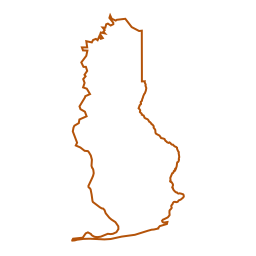 Baldwin, Alabama, United States of America
{"feature_id": "52423323B60515004813393", "entity_name": "Baldwin", "entity_type": "district", "adm_level": 2, "iso_a3": "USA", "parent_name": "United States of America", "parent_adm1": "Alabama", "projection": "natural_earth1", "projection_center": [-87.627, 30.77], "detail": "fine", "context": "isolated", "style": "outline", "palette": "amber", "viewbox_px": 256, "rotation_deg": 0, "n_neighbors": 0, "source": "geoboundaries", "source_scale": "gbopen_adm2", "svg_char_len": 3919}
<svg xmlns="http://www.w3.org/2000/svg" viewBox="0 0 256 256"><path d="M144.7,81.3L141.9,81.4L141.9,72.4L141.8,30.7L139.1,31.0L131.7,27.1L125.3,18.8L116.8,19.8L115.7,20.6L111.7,18.7L110.2,15.4L109.4,17.9L113.3,22.8L113.3,24.2L110.7,25.5L107.9,23.6L106.2,24.3L105.3,27.7L102.6,27.5L104.7,30.1L103.4,31.7L104.9,33.4L100.8,32.5L100.2,34.4L102.8,38.1L100.8,38.8L99.2,36.5L97.6,40.2L95.9,38.9L93.1,40.0L91.8,42.4L86.3,41.2L87.2,47.4L81.9,47.4L83.0,50.4L87.4,50.6L86.3,55.8L81.3,62.4L83.5,66.9L85.9,66.9L87.2,70.9L84.5,74.8L85.6,76.3L83.2,79.1L84.6,82.9L83.1,87.4L86.8,88.7L90.0,94.1L85.3,96.2L84.9,97.5L79.5,106.4L80.5,109.2L84.9,111.7L86.6,116.3L79.4,119.5L78.8,123.1L74.4,125.7L73.5,127.6L72.8,131.4L77.1,142.7L75.8,145.5L78.8,146.8L80.4,147.5L84.6,150.8L87.9,151.1L88.8,152.1L90.8,155.5L91.9,159.7L91.5,165.8L92.1,167.8L92.7,168.4L93.3,169.9L93.7,173.0L93.7,173.3L93.1,175.7L92.1,178.1L88.4,186.0L88.6,187.3L89.9,188.3L90.6,189.4L91.6,194.5L92.5,201.0L92.9,202.0L99.9,207.3L101.8,208.4L103.2,208.6L104.6,210.2L105.5,212.8L105.8,213.4L109.3,217.7L111.4,219.5L115.4,222.1L118.3,226.3L118.4,229.1L116.4,232.2L112.9,233.8L110.5,234.1L107.8,233.8L100.7,236.7L97.5,237.1L95.1,236.9L93.9,236.5L91.7,235.2L90.9,234.0L87.9,232.4L85.7,233.4L82.7,237.7L73.1,238.7L72.2,240.3L72.3,240.6L74.7,240.4L77.1,239.7L83.5,238.9L89.6,238.7L104.3,239.4L110.7,239.0L121.7,236.6L134.9,234.8L147.7,230.8L151.6,229.7L153.9,229.5L158.3,228.5L158.3,227.8L159.8,226.1L166.9,224.0L167.4,222.0L163.8,222.6L162.6,222.0L162.0,220.8L162.9,219.7L164.5,219.0L167.3,217.6L167.6,217.5L168.1,217.0L169.4,215.4L169.6,215.0L169.4,212.1L169.5,211.1L169.5,210.7L169.9,210.0L171.1,208.8L171.7,207.9L171.7,207.6L171.3,206.7L171.3,206.3L171.3,205.7L171.9,204.8L172.4,204.4L172.8,203.3L173.0,202.9L173.2,202.6L173.8,202.0L174.4,201.9L175.0,201.8L176.0,202.1L176.7,202.1L177.6,201.8L177.9,201.6L178.4,200.8L178.9,200.3L180.5,199.7L180.8,199.5L181.2,199.2L183.0,197.7L183.5,197.1L183.8,196.4L183.7,195.6L183.5,194.8L183.1,194.3L181.3,193.7L179.5,193.3L178.7,193.6L178.2,193.5L177.4,193.1L176.9,192.4L175.7,192.2L174.0,190.5L173.2,189.4L173.0,188.2L172.9,188.0L172.3,187.7L172.2,187.4L172.6,186.5L173.0,185.2L172.9,184.3L171.7,182.3L171.5,182.1L170.9,182.0L170.6,181.9L170.1,181.3L170.1,181.0L170.2,180.8L170.3,180.6L170.6,180.5L170.6,180.3L170.4,179.2L170.3,177.9L172.2,173.3L172.3,173.2L172.9,173.1L173.5,172.3L173.8,171.1L174.2,170.8L174.3,170.8L174.4,171.0L174.6,171.0L175.0,170.7L175.4,169.8L175.3,169.5L175.0,169.1L175.4,168.5L175.7,168.3L176.0,168.4L176.7,166.2L177.1,162.9L177.4,162.2L178.0,162.0L178.3,161.7L178.6,161.1L179.0,159.8L179.0,159.6L178.8,159.4L178.9,158.1L179.1,157.7L179.2,157.4L179.2,156.6L178.8,153.9L178.6,153.0L178.8,152.5L178.6,151.7L178.1,151.2L177.2,149.2L177.0,148.2L177.0,147.7L176.0,146.9L174.9,146.5L174.0,145.8L173.0,144.7L172.1,144.7L171.5,144.3L171.0,143.9L170.8,143.5L169.8,142.6L169.5,142.4L168.6,142.9L167.0,142.2L166.8,142.0L166.3,141.3L165.6,141.0L164.8,139.7L164.7,139.3L164.5,139.0L163.5,138.6L161.9,138.2L161.7,138.2L160.9,137.9L160.5,137.0L159.4,135.5L157.4,134.5L155.8,133.5L155.4,132.2L155.4,131.1L155.2,129.8L155.1,129.5L154.2,128.5L153.6,127.6L153.7,127.2L153.7,126.2L152.6,124.7L152.4,124.5L152.1,124.5L151.3,123.8L151.2,123.4L150.5,122.6L149.9,122.0L149.2,121.7L148.4,120.2L147.6,119.3L146.5,118.8L145.5,118.4L144.4,117.6L144.2,116.7L143.9,116.0L143.5,115.4L142.7,115.2L141.8,114.7L141.9,114.3L141.6,113.6L140.4,112.5L140.1,112.3L139.9,112.0L140.0,111.2L140.2,110.7L140.1,110.1L139.8,109.5L138.6,108.3L139.5,105.9L139.6,105.4L140.4,104.5L140.8,104.3L141.0,103.9L141.0,103.4L140.7,102.6L140.8,101.9L141.0,101.6L141.8,101.0L142.0,100.5L142.1,99.6L142.5,98.4L142.8,97.9L143.1,96.8L143.2,96.3L144.1,94.3L144.4,93.7L144.8,93.4L145.0,92.9L145.8,90.8L146.3,88.1L146.0,87.1L145.7,86.4L145.5,85.7L145.5,85.4L145.7,84.9L145.6,84.3L145.1,83.4L144.6,81.7L144.7,81.3L144.7,81.3Z" fill="none" stroke="#b45309" stroke-width="2"/></svg>